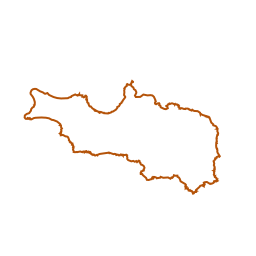 outline of Nossa Senhora Das Dores, Sal, Cabo Verde, rotated 115°
{"feature_id": "66160863B51777192933696", "entity_name": "Nossa Senhora Das Dores", "entity_type": "district", "adm_level": 2, "iso_a3": "CPV", "parent_name": "Cabo Verde", "parent_adm1": "Sal", "projection": "albers", "projection_center": [-22.934, 16.721], "detail": "fine", "context": "isolated", "style": "outline", "palette": "amber", "viewbox_px": 256, "rotation_deg": 115, "n_neighbors": 0, "source": "geoboundaries", "source_scale": "gbopen_adm2", "svg_char_len": 5814}
<svg xmlns="http://www.w3.org/2000/svg" viewBox="0 0 256 256"><g transform="rotate(115 128 128)"><path d="M148.8,34.8L148.3,35.1L147.9,34.7L146.9,34.7L147.2,35.5L146.7,35.1L146.2,35.6L146.6,36.1L146.0,35.8L145.5,36.2L144.7,35.5L143.6,33.7L144.0,29.9L143.3,29.4L143.2,28.7L141.7,27.4L140.8,27.1L140.7,27.4L139.8,27.5L138.9,26.0L139.4,26.1L139.1,25.3L138.1,24.6L138.0,25.3L136.6,25.4L136.8,26.2L135.9,26.8L135.8,28.1L135.5,28.0L135.1,29.0L134.7,29.0L134.9,29.3L134.0,30.5L132.4,30.8L131.6,31.5L130.7,31.4L130.6,31.8L130.6,31.7L130.0,31.8L130.1,32.2L129.8,32.0L128.7,32.5L128.3,32.1L127.6,32.8L126.9,32.8L125.4,34.5L123.8,34.8L121.9,36.4L120.9,35.8L121.1,35.7L120.5,36.0L119.7,35.7L119.1,36.0L119.1,35.6L118.0,35.6L117.6,35.1L116.9,35.4L115.4,34.1L115.5,33.1L114.8,32.9L112.5,36.4L111.5,37.2L110.2,37.6L109.7,38.4L108.9,38.6L108.7,39.5L106.9,40.6L104.0,41.8L103.9,41.4L103.4,41.9L102.5,41.8L101.4,42.7L99.9,43.1L99.8,43.5L97.3,44.0L96.6,43.7L96.2,44.1L95.9,43.7L94.6,44.1L93.3,45.6L91.1,46.5L91.2,46.9L90.8,46.6L89.5,48.4L89.2,49.3L89.5,51.9L88.6,52.4L87.9,54.8L84.3,58.4L84.0,58.8L84.3,59.4L83.8,59.8L84.0,60.7L84.5,61.0L84.0,61.8L84.7,62.7L84.3,63.3L84.7,66.2L84.4,68.1L85.0,68.1L83.7,69.2L83.3,72.0L84.6,75.3L84.4,77.0L85.0,77.4L84.7,77.7L85.2,77.9L85.5,79.3L85.1,80.2L85.4,80.6L85.1,81.9L86.1,84.1L86.6,84.1L87.1,85.3L87.3,87.7L88.5,88.9L89.4,89.2L88.3,89.2L88.6,89.7L87.7,90.0L87.5,91.2L86.4,91.2L86.3,92.0L85.9,92.1L85.9,92.9L86.3,92.9L86.1,94.1L86.4,95.3L86.9,95.4L86.5,95.7L86.9,96.0L86.9,98.1L87.4,99.1L88.6,100.2L88.4,100.9L89.4,101.2L89.5,101.6L90.9,101.8L92.3,103.2L91.8,101.5L93.3,100.3L94.9,101.6L95.4,103.2L95.4,107.1L94.1,108.1L94.2,109.3L92.8,109.7L92.4,110.3L93.0,111.3L94.6,112.6L94.5,113.7L93.8,114.2L92.0,114.1L91.7,114.8L91.0,115.1L88.8,117.7L88.2,119.6L88.7,121.5L90.2,124.1L91.2,128.2L94.6,130.0L96.6,134.0L95.7,135.4L92.9,135.3L92.0,135.6L90.6,137.2L90.3,139.1L89.0,140.3L88.6,142.5L86.8,144.0L87.4,144.0L88.1,144.6L88.8,146.6L88.5,147.1L88.9,147.5L90.6,146.9L91.5,147.6L93.7,148.1L94.0,147.5L95.4,147.4L97.1,146.4L99.8,145.5L100.9,143.7L101.4,143.5L105.7,144.4L106.4,144.2L107.4,144.7L108.1,144.5L109.6,145.5L109.9,145.2L112.1,145.4L113.5,146.6L114.3,146.2L116.5,146.7L119.6,148.7L120.2,149.7L120.9,149.8L122.8,151.7L122.7,152.1L123.3,152.3L124.7,155.9L124.4,156.2L124.8,157.1L124.9,159.4L125.3,160.3L125.7,159.7L126.3,160.2L126.1,160.9L125.5,160.8L125.8,162.2L125.7,164.1L126.1,164.1L126.4,165.3L126.2,165.8L125.5,165.9L125.3,168.4L124.2,170.9L124.6,171.7L124.3,172.5L122.8,174.1L122.3,174.2L122.0,175.7L120.0,176.9L120.0,177.4L119.4,177.4L119.5,178.0L117.2,178.5L116.5,179.7L116.7,180.3L118.4,180.5L119.0,181.2L118.6,182.2L118.9,182.7L117.7,183.2L118.6,185.3L118.5,186.2L118.3,186.4L118.1,186.5L119.2,186.7L119.8,187.3L119.5,187.7L120.0,188.4L119.9,190.0L123.0,192.7L124.0,192.7L125.1,194.2L126.4,195.1L129.5,201.1L130.8,204.9L131.4,208.6L131.4,213.5L130.4,215.8L131.9,217.4L132.1,218.1L131.7,220.2L131.9,223.2L131.4,227.6L131.9,229.0L133.0,230.5L134.4,231.3L135.5,231.4L137.4,231.2L138.4,230.5L139.9,227.6L141.4,225.6L143.9,223.4L146.3,222.4L146.8,222.7L146.9,222.4L148.8,222.4L149.7,223.2L151.8,223.7L153.4,223.3L156.4,223.9L158.0,225.7L160.2,226.8L162.2,226.1L162.9,224.7L162.4,223.3L161.3,223.2L161.2,222.6L161.3,222.3L161.7,222.4L161.7,221.9L160.5,221.2L160.7,220.5L161.4,220.2L161.0,219.2L158.8,217.5L157.8,216.1L155.1,211.0L153.4,206.8L152.6,203.6L152.8,200.5L152.3,198.9L152.1,195.0L153.1,191.1L153.6,190.5L154.3,190.8L154.3,189.7L155.2,189.3L155.5,189.5L155.2,189.2L156.1,188.5L156.3,187.7L157.9,187.9L158.8,187.0L159.9,187.2L160.3,186.8L161.7,187.4L161.7,186.7L162.2,186.5L162.0,186.0L162.9,185.7L161.8,184.0L162.0,181.1L161.5,179.7L161.7,178.4L163.4,176.6L164.2,176.3L164.2,175.8L165.2,174.4L165.2,174.7L165.3,174.7L165.4,174.4L165.1,174.2L165.5,173.2L166.2,173.1L165.6,173.0L166.0,172.4L165.7,172.0L166.2,171.8L166.2,171.4L166.9,171.5L166.9,170.6L167.3,170.1L168.8,169.7L168.7,169.4L169.0,169.5L169.4,168.9L170.9,168.7L172.0,167.3L172.7,167.1L172.4,165.9L171.3,164.2L171.4,163.9L169.5,161.4L169.2,159.2L168.6,159.0L168.0,158.2L168.6,157.3L167.5,156.9L167.6,156.2L166.9,156.4L166.5,155.9L167.1,154.1L166.8,153.1L166.4,153.2L166.5,152.9L166.0,153.0L165.7,152.3L166.0,151.5L166.8,151.2L166.9,150.4L167.2,150.2L167.3,149.3L166.8,148.8L167.2,148.2L166.5,147.5L166.9,146.2L165.6,145.0L165.7,144.1L165.0,144.1L163.5,142.7L158.6,135.2L158.7,134.7L158.3,134.7L157.8,130.0L157.2,129.4L156.8,128.0L157.5,127.2L157.2,126.7L157.6,126.5L157.0,126.5L156.4,126.0L156.7,124.5L155.0,123.4L154.9,122.8L155.3,122.5L154.7,122.0L155.1,121.1L154.7,121.3L154.2,120.8L154.1,119.9L152.9,118.2L153.1,117.3L153.6,117.4L155.0,116.1L156.3,115.7L157.0,114.3L156.8,110.9L155.6,109.3L155.7,107.6L154.5,106.6L155.1,105.4L153.1,104.6L153.0,104.2L153.1,103.5L154.3,102.8L154.4,102.0L155.0,101.7L155.7,100.5L155.4,99.6L155.8,97.7L157.0,96.3L158.5,96.1L159.0,96.4L159.7,95.9L159.1,96.6L159.9,95.8L161.8,97.7L162.4,97.3L163.3,97.6L164.3,97.0L163.7,95.6L164.4,94.8L165.6,90.5L167.0,89.0L166.4,87.3L164.4,85.2L163.2,85.1L163.7,84.6L163.2,84.4L163.1,83.7L162.7,83.7L162.5,84.4L161.6,84.3L161.1,83.1L161.0,80.8L161.3,80.6L159.4,77.8L158.5,77.8L158.2,75.0L155.9,70.8L156.0,68.1L154.8,67.8L154.5,66.8L154.1,66.7L153.9,67.0L153.5,66.5L152.4,66.3L151.4,66.4L151.3,65.0L150.3,63.1L151.3,62.5L151.4,60.9L152.3,59.5L154.1,57.8L154.6,52.4L155.1,51.5L155.5,51.5L155.1,51.3L156.1,51.5L156.4,50.6L156.8,51.3L157.0,51.3L157.3,50.9L157.0,50.8L158.2,50.3L157.4,49.9L158.1,48.9L158.1,48.2L157.7,48.0L159.0,46.7L158.4,46.0L158.8,45.9L158.8,45.1L158.4,45.0L158.1,43.6L160.0,41.3L159.3,40.7L158.2,41.0L157.2,39.3L156.6,39.7L156.3,39.4L156.3,40.0L155.6,40.2L151.2,38.3L149.9,38.1L148.7,36.8L148.8,34.8ZM84.3,142.9L84.0,143.0L83.7,144.1L84.1,144.1L83.7,144.5L85.0,143.5L84.3,142.9Z" fill="none" stroke="#b45309" stroke-width="2"/></g></svg>